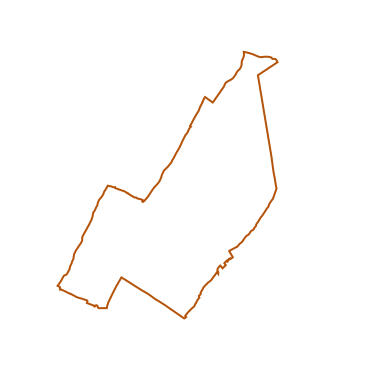 Secu, Dolj, Romania (Natural Earth projection), rotated 306°
{"feature_id": "2599482B59560805166375", "entity_name": "Secu", "entity_type": "district", "adm_level": 2, "iso_a3": "ROU", "parent_name": "Romania", "parent_adm1": "Dolj", "projection": "natural_earth1", "projection_center": [23.29, 44.48], "detail": "fine", "context": "isolated", "style": "outline", "palette": "amber", "viewbox_px": 384, "rotation_deg": 306, "n_neighbors": 0, "source": "geoboundaries", "source_scale": "gbopen_adm2", "svg_char_len": 5951}
<svg xmlns="http://www.w3.org/2000/svg" viewBox="0 0 384 384"><g transform="rotate(306 192 192)"><path d="M347.3,184.9L348.1,183.3L348.6,182.2L348.4,180.9L347.3,179.4L347.0,178.7L347.1,178.1L347.5,177.3L346.7,175.2L345.8,173.5L344.7,172.0L343.3,170.3L341.8,168.9L340.6,166.4L339.2,160.3L337.8,156.1L337.3,154.8L335.8,151.5L335.1,152.1L334.3,152.9L332.7,153.9L331.5,154.4L330.3,154.7L328.5,155.0L327.6,155.3L326.7,155.7L326.0,156.0L325.1,156.7L324.1,157.3L323.2,157.8L321.9,158.1L320.2,158.3L319.1,158.3L317.9,158.0L316.4,157.9L314.7,157.9L313.9,158.0L313.1,158.3L311.4,158.3L309.1,158.3L307.7,158.1L306.3,157.7L304.6,156.9L303.6,156.4L302.3,155.8L301.2,155.4L300.3,155.2L299.2,155.2L298.5,155.2L297.2,155.6L296.2,155.8L295.3,155.9L294.3,155.9L293.5,155.9L292.2,155.9L290.5,156.0L288.6,156.0L287.0,156.1L285.7,156.1L283.5,156.1L281.9,156.1L279.7,156.2L278.6,156.3L277.8,156.2L276.8,156.1L276.6,156.1L276.5,146.7L275.3,146.7L274.0,147.0L273.0,147.2L270.9,147.8L270.7,147.6L270.1,147.9L265.9,148.5L264.3,148.9L261.4,149.7L258.5,149.9L254.2,150.3L252.0,150.6L247.3,151.3L244.3,151.6L244.3,152.7L242.9,152.5L240.9,152.6L238.2,153.3L235.8,153.5L234.9,153.3L234.6,153.2L230.8,153.8L227.2,154.4L223.5,155.2L220.9,155.7L217.1,156.1L215.5,156.2L213.2,156.5L210.0,157.0L208.1,157.3L206.0,157.4L203.8,157.9L200.2,157.7L198.2,157.6L196.7,157.3L195.0,157.1L193.7,156.8L192.4,156.7L190.4,157.2L190.0,157.3L188.9,157.4L187.2,157.9L186.0,158.4L184.0,158.9L182.1,159.3L179.8,159.4L176.9,159.2L174.2,158.8L171.0,158.7L169.0,158.8L166.8,158.9L164.7,159.0L162.0,159.1L157.2,158.7L156.5,158.6L155.5,158.3L155.0,157.9L155.3,157.2L155.8,157.2L156.2,157.2L156.5,157.0L156.4,156.4L156.2,155.2L154.6,151.5L154.7,149.9L153.8,148.9L153.3,144.4L153.2,141.5L153.4,140.8L152.9,140.2L153.1,139.4L152.9,137.5L152.5,135.6L152.1,134.7L151.5,132.6L151.1,131.5L150.9,130.2L150.2,128.4L150.1,127.3L150.6,126.8L150.3,126.6L149.7,125.7L149.4,124.9L149.2,124.0L148.8,122.7L148.5,122.2L148.3,121.9L147.5,120.1L145.2,120.5L144.3,120.5L142.8,120.7L141.5,120.7L140.3,120.8L139.1,121.2L138.2,121.5L136.9,121.6L135.5,121.8L133.0,121.6L132.2,121.5L131.0,121.5L130.9,121.5L129.9,121.7L128.6,122.0L127.1,122.5L125.4,123.3L124.9,123.4L123.7,123.4L120.5,124.1L119.4,124.2L118.1,124.2L117.4,124.2L115.8,124.9L114.4,125.6L113.0,126.2L112.4,126.4L110.5,127.0L108.9,127.3L107.6,127.4L106.5,127.7L105.4,127.9L102.5,128.2L98.6,128.7L96.8,128.9L96.4,129.0L95.5,129.1L94.8,129.1L93.8,129.3L92.6,129.5L91.8,129.6L91.3,129.7L90.1,130.2L89.1,131.1L88.7,131.4L87.8,131.8L86.5,132.0L85.2,132.2L82.2,132.2L81.0,132.3L80.1,132.3L78.9,132.4L78.0,132.4L76.7,132.4L72.4,133.2L71.9,133.4L71.4,133.7L69.5,134.6L68.8,135.1L68.1,135.4L67.4,135.5L65.5,135.8L63.6,136.5L60.5,137.1L60.0,137.2L59.6,137.3L58.3,138.0L56.9,138.5L56.3,138.5L55.8,138.4L54.0,138.8L53.3,138.9L51.8,139.0L51.0,138.8L50.0,138.1L49.1,137.7L48.7,137.5L46.9,137.8L43.2,138.3L40.2,138.4L37.8,138.4L37.1,138.4L37.3,139.7L37.6,140.5L37.2,141.0L36.9,141.7L36.6,142.0L35.8,142.2L35.5,142.4L35.4,142.7L36.1,143.2L36.2,143.6L36.2,143.8L36.3,144.2L36.8,146.4L37.3,149.2L37.9,152.9L38.1,153.7L38.3,153.7L38.5,155.3L38.6,156.4L38.7,156.7L38.7,157.1L38.9,158.2L39.0,158.7L39.0,159.3L39.0,159.9L39.2,160.6L39.7,162.2L40.4,164.2L40.6,164.6L40.8,165.0L42.4,170.2L42.6,170.9L42.5,171.4L42.1,171.6L40.8,172.1L40.4,172.2L40.6,172.9L41.0,174.3L42.4,179.5L42.5,179.7L42.7,179.9L42.3,180.0L42.0,180.3L42.0,180.5L42.4,180.7L42.6,180.8L43.2,180.9L43.8,181.1L44.1,181.2L44.3,181.5L44.4,181.9L44.3,182.4L44.0,182.8L43.5,183.5L43.4,183.7L43.3,184.1L43.2,184.3L43.2,184.7L43.3,185.0L43.7,185.7L44.8,187.0L45.6,188.1L46.0,188.7L46.2,188.9L47.9,191.3L49.6,190.5L51.1,190.0L53.0,189.3L56.8,188.6L62.8,187.5L71.5,186.1L79.6,185.3L81.4,185.1L81.5,186.8L81.7,188.7L82.9,208.4L83.7,216.0L83.8,220.1L83.7,222.1L83.8,223.5L83.7,225.4L84.1,228.5L84.4,233.6L84.6,236.7L85.1,260.0L87.3,260.8L87.8,259.3L89.2,259.4L91.5,259.4L93.6,259.7L95.4,259.9L96.8,260.2L98.3,260.4L99.2,260.7L100.1,260.9L101.1,260.9L102.4,260.7L103.8,260.4L104.5,260.5L106.0,260.2L108.3,259.9L109.9,260.0L110.9,260.1L111.3,259.3L111.7,258.8L112.0,258.6L112.6,258.6L114.1,259.1L114.5,259.1L115.3,258.5L115.7,258.1L118.1,257.9L119.6,257.7L119.9,257.8L120.4,257.7L121.4,257.3L122.1,257.4L122.8,257.6L123.5,257.5L126.4,258.0L127.9,258.2L129.6,258.7L131.6,259.3L132.7,259.3L134.4,259.3L137.0,259.3L138.0,259.5L138.9,259.4L140.3,259.4L140.9,259.3L141.7,259.3L141.4,260.9L141.3,261.2L142.4,260.5L142.8,260.1L143.1,259.5L143.5,258.7L144.1,258.2L144.8,258.0L145.8,257.8L146.4,257.8L147.1,257.8L147.7,257.9L149.1,258.1L148.3,261.6L152.7,262.3L153.4,260.0L156.6,260.4L156.4,261.2L156.9,261.2L156.9,261.6L157.4,261.5L157.5,261.0L159.3,261.2L159.1,261.7L160.8,262.0L160.6,262.6L161.8,263.1L163.2,263.4L166.1,256.8L166.4,256.9L167.1,257.2L167.7,257.4L168.0,257.5L168.6,257.9L169.1,258.1L169.4,258.3L170.0,258.5L170.6,258.8L171.0,259.0L171.3,259.3L171.6,259.4L172.1,259.6L172.4,259.7L173.0,260.0L173.5,260.2L173.9,260.6L174.3,260.8L174.6,260.8L175.1,260.8L175.3,260.8L175.9,260.9L176.2,261.0L176.5,261.0L177.5,260.9L178.0,261.0L178.7,261.2L179.6,261.4L180.6,261.7L181.4,261.9L182.1,261.8L182.6,261.8L183.4,261.8L183.9,261.7L184.6,261.7L186.8,261.7L187.4,261.7L188.2,261.8L188.8,262.0L189.6,262.3L190.4,262.7L190.8,262.8L191.3,262.8L191.8,262.8L192.4,262.9L193.1,262.8L193.8,262.7L194.5,262.7L195.1,262.8L195.7,262.9L196.1,263.1L196.4,263.3L197.1,263.6L197.6,263.8L198.0,263.9L198.8,263.7L199.3,263.5L200.0,263.5L200.9,263.7L201.3,263.7L201.8,263.7L202.3,263.6L203.1,263.2L203.6,263.0L205.0,263.0L206.3,263.0L207.2,263.0L208.2,262.9L209.5,262.7L210.6,262.6L211.4,262.6L212.4,262.6L213.5,262.7L214.6,262.7L216.2,262.6L217.8,262.6L219.3,262.5L220.5,262.4L222.4,262.3L223.6,262.3L224.6,262.4L225.2,262.4L226.2,262.0L227.3,261.7L228.2,261.5L229.9,261.5L230.9,261.4L232.5,261.4L233.9,261.5L244.4,258.4L245.8,256.9L246.8,255.8L251.1,251.5L256.4,245.9L267.2,235.6L325.2,176.7L347.3,184.9Z" fill="none" stroke="#b45309" stroke-width="2"/></g></svg>